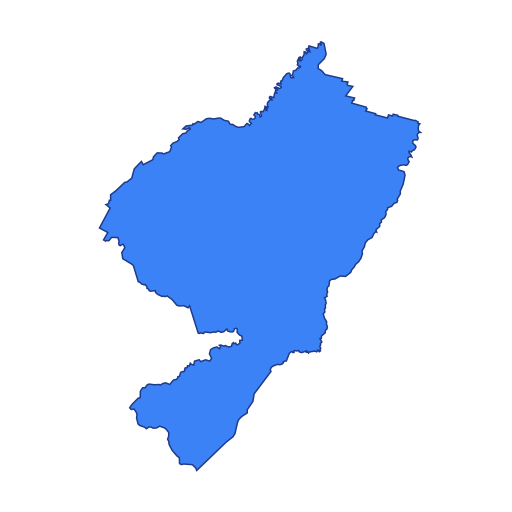 Monteros, Tucumán, Argentina, rotated 273°
{"feature_id": "61730980B2158029988508", "entity_name": "Monteros", "entity_type": "district", "adm_level": 2, "iso_a3": "ARG", "parent_name": "Argentina", "parent_adm1": "Tucumán", "projection": "robinson", "projection_center": [-65.608, -27.112], "detail": "fine", "context": "isolated", "style": "filled", "palette": "blue", "viewbox_px": 512, "rotation_deg": 273, "n_neighbors": 0, "source": "geoboundaries", "source_scale": "gbopen_adm2", "svg_char_len": 6130}
<svg xmlns="http://www.w3.org/2000/svg" viewBox="0 0 512 512"><g transform="rotate(273 256 256)"><path d="M38.7,208.0L68.4,235.8L74.4,242.6L77.6,244.3L89.5,246.4L92.3,247.7L95.0,250.2L98.9,255.5L102.0,255.3L110.6,260.5L118.3,261.4L141.5,277.0L142.7,276.2L145.4,276.9L146.9,278.6L148.9,283.1L148.7,285.6L149.5,287.8L150.8,288.9L151.6,288.7L152.7,290.5L152.7,291.8L160.2,294.2L161.7,295.4L162.4,297.2L161.5,297.9L161.7,299.0L163.2,298.9L163.6,299.6L163.3,301.5L163.9,303.4L162.6,304.1L161.9,306.6L163.9,311.5L163.4,312.2L162.6,311.7L162.7,312.7L161.8,313.5L163.0,314.5L164.1,319.8L163.5,321.6L165.3,322.7L163.7,324.1L164.7,325.4L165.9,324.8L167.3,325.5L169.0,324.4L170.5,325.2L172.0,324.9L173.6,326.3L176.8,324.2L177.2,325.5L179.6,325.6L182.9,329.1L185.5,329.2L186.8,330.7L189.1,331.0L191.7,329.9L194.1,330.0L197.6,327.6L201.8,326.2L203.6,327.7L206.7,327.2L207.6,328.1L210.7,327.8L212.4,328.5L215.8,327.8L217.7,326.6L219.5,329.1L221.3,328.6L223.9,329.4L226.3,328.6L228.9,329.2L230.0,330.4L235.2,330.8L236.7,332.8L237.1,335.9L240.4,341.1L240.3,346.5L244.7,351.5L247.2,352.3L250.4,354.8L252.8,355.8L255.6,358.8L259.3,360.9L263.9,362.2L266.6,361.6L270.9,363.8L274.7,364.4L278.0,366.8L280.6,371.0L284.3,372.4L286.6,374.3L286.2,375.2L288.4,374.4L292.0,378.0L294.7,377.8L296.5,379.5L298.6,379.2L300.8,382.2L302.9,383.3L304.9,383.7L307.3,383.2L309.2,384.9L311.1,385.0L312.7,388.8L315.9,391.2L316.9,393.9L319.1,394.5L320.1,394.0L325.6,396.9L328.6,396.7L335.3,399.2L344.6,400.6L348.0,399.4L349.4,393.9L351.9,392.6L353.8,394.7L354.8,398.4L354.4,401.4L355.3,402.6L358.1,404.0L360.6,402.5L362.3,402.7L363.5,404.6L363.0,406.4L365.5,405.1L366.8,403.6L368.6,403.3L368.0,405.8L369.3,406.6L370.4,408.7L373.2,410.1L374.5,409.5L376.7,406.7L379.1,406.5L380.3,407.9L380.4,411.2L382.1,411.7L385.0,410.7L386.8,411.1L387.8,412.2L388.0,413.8L389.3,412.0L390.8,411.4L394.6,411.4L396.6,412.7L396.9,410.8L398.3,410.9L399.8,408.0L399.5,407.3L403.0,390.2L403.9,390.3L404.8,385.6L403.0,385.2L403.8,380.9L400.7,380.1L403.1,368.5L403.2,367.7L404.4,368.0L406.5,358.0L408.9,359.2L409.5,358.2L410.4,358.2L413.7,343.6L416.3,344.3L416.3,345.4L418.9,346.2L420.6,337.2L430.4,343.8L431.2,338.7L431.9,337.9L434.6,338.7L435.1,332.5L437.6,333.2L440.8,315.4L444.6,311.8L446.4,308.3L450.3,308.2L456.7,313.9L461.2,315.5L471.8,312.8L473.3,309.8L472.9,309.1L470.3,310.1L470.1,309.5L471.3,308.1L471.0,307.1L468.3,307.2L466.6,306.1L468.6,297.9L467.3,297.6L465.0,298.4L466.0,297.1L465.4,295.4L464.5,295.4L463.7,296.7L463.9,298.5L462.7,299.2L462.8,296.9L461.0,296.4L460.5,295.6L462.3,295.0L462.5,293.4L459.8,293.5L456.2,291.8L454.2,291.6L453.1,290.1L453.6,289.0L454.3,289.9L455.6,289.5L456.6,290.7L457.1,289.8L456.5,288.6L452.7,287.1L450.5,287.7L449.0,287.3L447.7,288.9L448.0,290.2L447.0,290.5L446.0,288.8L446.0,287.8L443.7,286.2L442.7,283.6L439.4,283.2L438.2,282.2L437.2,284.0L436.3,284.3L435.8,282.9L436.2,281.2L439.7,280.4L440.4,279.4L440.2,278.4L439.5,277.0L435.6,274.0L432.4,272.8L431.9,271.5L429.1,272.0L429.8,269.7L429.3,268.1L428.2,268.0L426.7,272.2L425.7,272.4L424.4,270.9L425.9,267.1L425.1,265.6L424.4,265.9L423.6,268.8L422.9,268.7L422.6,267.0L421.7,266.6L419.9,268.1L419.8,266.1L415.1,265.4L416.1,261.9L415.6,261.2L414.2,261.2L413.9,263.3L412.7,263.8L412.9,262.5L412.3,261.5L409.9,259.6L408.1,259.3L405.2,260.2L403.7,259.2L401.8,259.2L402.1,258.3L405.5,258.6L406.0,257.2L402.9,256.8L400.4,255.4L400.7,253.6L400.1,252.8L396.6,254.1L395.8,254.0L395.1,252.8L397.5,251.9L398.0,250.0L399.2,249.6L398.6,248.1L399.0,247.7L396.8,246.5L395.2,248.1L394.2,248.1L392.7,247.0L392.3,245.1L393.2,243.9L393.0,243.1L391.0,242.3L389.8,242.4L388.3,244.4L386.0,242.7L387.6,240.9L387.8,239.9L384.6,237.4L383.5,231.6L384.8,227.9L386.2,226.0L386.0,224.4L386.6,222.9L389.1,221.5L389.8,217.2L391.9,213.4L391.8,211.4L390.6,206.3L391.1,202.6L390.5,199.3L386.5,194.2L387.3,191.0L384.3,187.1L384.8,186.2L383.3,185.5L382.2,179.3L379.1,176.3L378.9,179.5L380.6,183.2L379.2,183.7L377.2,180.8L375.1,179.5L374.3,176.4L369.9,172.4L368.2,173.2L366.2,171.1L364.4,167.2L361.7,165.0L360.4,165.9L355.7,164.4L353.0,158.1L353.9,156.9L353.8,151.9L349.8,148.5L346.7,147.8L341.3,138.6L344.4,136.6L336.7,129.9L327.2,127.8L323.0,123.0L322.7,121.1L313.5,112.3L309.6,107.6L304.0,107.9L303.9,106.7L301.1,106.1L299.9,105.0L299.5,103.5L296.3,107.8L275.8,98.2L271.7,106.8L264.1,102.9L263.0,105.0L263.6,105.9L263.5,108.2L267.0,110.8L267.2,117.1L263.6,118.5L261.4,118.2L259.5,119.0L259.3,120.1L260.6,121.8L260.7,122.9L257.5,124.6L252.4,121.8L246.3,123.1L240.9,133.2L239.6,134.2L224.1,139.8L223.9,141.1L222.1,143.2L221.3,146.0L221.8,146.9L219.5,148.7L218.0,148.8L217.3,150.4L215.9,151.1L215.3,152.2L216.1,157.3L214.4,157.6L212.6,159.7L210.7,164.3L211.1,165.9L210.7,167.3L211.5,169.3L208.2,174.4L202.7,179.5L202.1,181.7L202.6,186.6L200.7,190.8L202.8,192.3L176.0,202.3L175.7,203.7L176.4,204.6L175.8,207.5L177.5,209.2L177.0,214.3L178.0,218.3L177.7,219.8L179.2,222.2L177.9,225.2L178.7,227.7L181.6,230.7L179.7,231.6L178.9,234.2L179.0,236.6L179.5,237.5L182.2,238.3L182.8,239.9L182.1,241.1L178.8,241.1L176.2,243.7L175.3,246.0L171.2,246.8L170.9,244.2L168.1,244.5L166.5,242.4L166.5,241.1L168.0,240.3L167.3,238.5L168.3,238.0L167.2,236.8L164.7,236.3L163.6,233.6L165.0,230.0L164.3,228.7L165.3,225.2L164.9,224.2L164.1,225.4L161.5,224.5L163.1,221.7L162.0,218.2L160.0,215.5L155.8,214.6L151.5,217.0L148.6,215.3L149.7,211.1L147.6,206.3L149.4,204.7L147.8,200.1L143.8,199.5L144.4,197.2L145.5,196.0L142.8,195.2L142.8,193.3L140.9,193.2L140.6,191.2L139.2,190.6L138.4,191.1L136.6,189.9L136.8,188.7L135.8,186.8L131.8,185.9L131.4,184.3L130.1,184.2L128.6,183.0L127.8,180.0L123.2,176.6L124.6,172.5L123.8,169.6L122.1,167.3L122.6,166.0L122.1,161.3L122.5,155.8L121.4,153.8L118.7,152.3L118.5,149.7L114.9,147.6L108.5,147.8L107.8,145.7L101.0,139.7L97.8,137.8L96.2,139.4L96.8,142.2L93.5,144.7L91.3,145.5L88.0,145.2L82.1,147.0L80.8,148.5L79.2,153.8L77.8,155.6L79.7,158.1L79.7,160.3L78.7,162.1L78.8,163.5L79.2,166.0L81.0,168.6L79.7,173.2L78.4,175.3L75.1,178.1L71.5,178.2L68.2,177.3L66.6,178.5L63.2,179.1L57.6,182.4L52.1,187.6L50.6,190.0L44.8,190.5L43.8,192.3L44.5,194.7L44.3,203.3L41.2,206.9L38.7,208.0Z" fill="#3b82f6" stroke="#1e3a8a" stroke-width="1.5"/></g></svg>